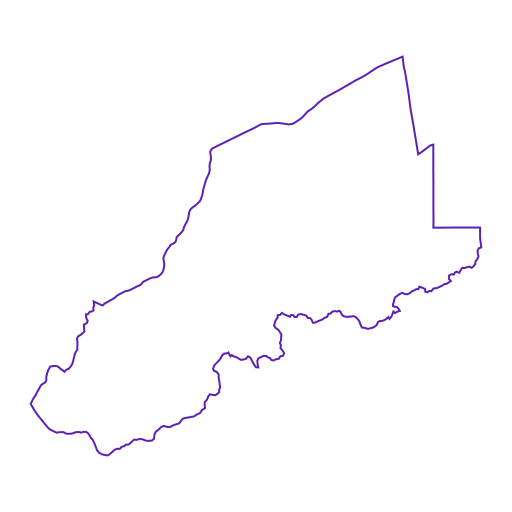 Plácido de Castro, Acre, Brazil
{"feature_id": "56859067B28621005607403", "entity_name": "Plácido de Castro", "entity_type": "district", "adm_level": 2, "iso_a3": "BRA", "parent_name": "Brazil", "parent_adm1": "Acre", "projection": "natural_earth1", "projection_center": [-67.366, -10.241], "detail": "fine", "context": "isolated", "style": "outline", "palette": "violet", "viewbox_px": 512, "rotation_deg": 0, "n_neighbors": 0, "source": "geoboundaries", "source_scale": "gbopen_adm2", "svg_char_len": 5418}
<svg xmlns="http://www.w3.org/2000/svg" viewBox="0 0 512 512"><path d="M402.6,56.6L400.2,57.6L398.0,58.6L394.7,59.9L391.8,61.1L386.3,63.4L381.8,65.4L378.5,66.8L376.6,67.8L374.8,69.0L372.0,70.8L370.0,72.2L366.7,74.4L364.5,75.7L361.7,77.3L359.8,78.3L358.0,79.2L355.4,80.5L353.3,81.8L345.3,86.4L340.4,89.3L334.1,92.7L329.1,95.4L327.0,96.6L324.4,98.0L321.7,100.0L318.5,102.6L314.8,106.2L311.3,109.1L307.5,111.6L305.0,114.4L302.2,117.5L299.4,119.6L297.2,121.1L295.1,122.4L292.6,123.9L288.6,124.4L284.1,123.7L277.9,122.9L268.3,123.7L264.2,123.9L261.9,124.0L259.4,125.1L255.2,127.5L248.2,130.9L243.2,133.2L238.4,135.7L235.8,136.9L229.7,139.9L216.4,146.4L212.0,148.7L210.2,151.5L210.5,154.9L211.0,157.4L210.9,160.3L209.9,163.1L209.5,166.0L209.8,169.6L209.0,173.5L207.4,176.9L206.4,179.2L205.4,181.9L204.4,185.6L203.4,189.0L203.0,191.2L202.2,195.4L200.8,199.4L199.8,201.2L198.4,202.7L194.6,206.0L192.4,207.5L190.3,209.6L189.1,212.5L188.8,214.8L188.2,218.2L187.1,221.3L185.7,223.7L184.0,227.2L183.3,229.8L181.7,232.2L176.7,237.0L176.1,240.1L175.4,242.2L173.4,243.5L170.5,244.9L169.3,247.1L167.2,249.5L165.7,252.5L164.3,255.2L163.4,257.6L163.6,260.2L164.3,263.8L164.1,266.5L163.5,269.7L162.5,272.3L160.8,274.3L158.6,276.1L156.7,277.2L152.6,277.5L149.5,278.6L145.8,280.5L143.0,281.9L141.4,284.1L139.8,285.3L137.1,286.4L133.0,288.5L129.6,290.2L127.4,290.9L125.1,291.3L119.9,294.0L117.2,295.5L114.5,297.9L111.3,299.8L104.5,303.6L102.6,305.5L99.5,304.2L93.7,301.5L94.2,305.3L93.3,308.1L93.5,310.4L91.8,311.5L89.8,311.7L88.0,314.2L85.9,314.4L86.3,318.1L87.7,320.8L86.8,323.1L83.9,324.6L84.1,328.5L84.4,331.5L81.4,334.3L78.1,336.4L77.0,338.5L77.3,341.1L77.5,344.2L77.3,347.0L77.3,349.7L75.8,352.0L74.8,354.1L73.8,358.2L73.1,361.2L72.2,364.1L70.5,366.7L68.8,368.7L66.4,369.7L64.4,371.8L62.4,370.0L60.7,369.1L59.2,367.5L57.0,366.1L53.9,365.9L50.2,366.6L48.1,370.5L47.0,373.9L46.3,377.1L46.3,380.1L45.4,382.3L43.0,383.7L40.9,385.3L39.2,388.5L37.6,391.3L36.5,393.3L35.5,395.6L33.8,397.8L32.8,399.6L30.7,403.8L33.9,409.5L37.7,415.1L40.7,418.8L44.6,423.6L47.6,427.3L50.0,429.5L54.8,431.8L56.7,432.7L59.5,432.2L61.5,432.1L63.5,432.1L65.4,433.3L67.3,433.8L71.1,433.7L73.3,433.2L75.6,432.2L78.8,432.0L81.2,432.6L83.3,431.9L86.0,431.9L87.9,433.1L89.6,435.4L90.8,437.7L92.7,439.6L93.5,441.5L94.5,443.7L95.9,447.1L97.0,450.2L99.3,452.9L102.2,454.4L105.4,455.1L108.0,455.4L111.2,453.0L113.9,450.4L116.5,448.8L119.9,448.8L121.7,446.9L124.5,446.0L125.9,444.6L128.6,444.6L130.1,443.3L131.6,441.9L134.0,439.7L136.6,439.8L139.1,439.1L142.1,439.1L145.2,440.4L147.1,440.9L151.9,440.6L154.0,438.7L154.5,434.3L155.9,431.6L158.8,429.4L160.9,427.2L163.3,426.0L166.0,426.5L167.8,427.0L170.1,427.1L172.1,425.8L175.0,424.6L177.6,424.0L179.4,423.1L180.8,421.1L182.6,418.8L185.3,417.9L187.2,417.7L190.8,417.0L194.0,416.4L196.8,414.5L199.8,413.2L202.2,410.0L205.1,408.0L204.6,405.1L204.8,402.2L207.0,399.6L208.2,396.6L209.9,394.3L212.7,394.9L215.4,395.2L217.8,393.5L219.3,392.1L219.1,389.9L220.2,387.3L219.7,384.4L219.4,381.5L218.7,378.3L218.7,374.4L216.6,371.8L214.0,370.9L213.1,368.7L214.4,365.2L217.3,362.2L219.5,359.9L221.0,357.6L222.1,355.4L224.2,353.6L226.6,353.4L228.4,352.5L229.3,354.5L230.4,356.4L231.8,355.0L233.6,356.5L235.4,356.7L237.9,358.1L241.1,359.9L243.9,359.4L246.0,358.8L248.0,356.3L250.6,357.8L251.6,360.2L252.6,361.9L254.1,364.6L256.1,367.3L258.3,367.4L257.6,364.2L257.3,360.9L258.5,358.2L260.8,357.3L263.3,355.9L266.3,356.0L267.8,357.3L269.8,357.9L271.3,359.9L273.3,360.5L276.0,359.3L278.9,358.7L280.4,356.2L282.8,356.0L284.1,353.6L283.2,351.5L282.0,349.9L280.5,348.2L280.9,345.3L279.9,343.0L280.9,340.5L281.4,334.5L280.1,332.4L278.4,329.9L275.4,327.8L274.1,325.2L275.0,322.2L276.0,319.7L277.7,317.5L277.6,315.3L280.1,314.9L281.9,312.9L284.2,314.4L286.1,315.2L287.9,315.8L289.9,316.8L291.2,314.9L293.4,315.2L294.5,317.0L296.7,317.0L298.1,314.7L300.5,314.0L303.3,314.7L306.4,315.7L307.8,317.9L310.1,318.1L311.5,319.7L313.0,322.8L315.4,322.5L318.1,321.1L320.4,320.3L322.4,319.5L324.4,317.9L327.2,316.8L328.4,313.8L330.5,313.6L332.4,311.6L334.6,311.1L337.2,311.6L339.3,310.7L340.7,312.1L341.7,314.5L343.7,316.3L346.9,316.9L348.9,316.6L351.1,316.6L353.4,316.1L355.5,317.0L357.3,318.5L359.3,321.2L360.4,324.3L361.9,327.5L364.2,327.7L366.0,328.3L368.0,328.9L370.2,328.3L372.9,327.6L375.5,326.1L377.0,324.6L378.0,321.9L380.1,321.0L382.2,320.9L384.3,320.1L386.6,318.8L388.4,317.1L389.5,318.9L391.4,316.7L392.6,313.8L393.4,311.5L395.0,313.1L397.2,311.7L399.8,311.0L398.6,308.8L396.8,307.0L395.0,306.7L393.0,306.2L393.1,303.8L394.0,301.5L394.4,298.9L395.5,296.9L397.3,295.8L399.5,294.1L402.4,292.8L404.9,294.1L407.2,294.3L409.8,293.2L411.8,291.4L414.1,290.5L416.4,289.1L418.4,289.1L419.4,286.7L422.5,287.8L425.2,289.1L425.2,291.6L427.3,292.3L429.3,290.9L431.4,291.2L433.4,288.5L435.9,288.2L438.2,287.6L440.2,286.6L442.3,285.6L444.3,284.1L446.2,284.0L448.7,282.4L450.8,281.0L448.9,278.9L449.1,275.5L451.6,274.2L453.9,274.6L454.8,272.6L456.7,271.7L459.2,272.8L460.7,270.2L462.2,267.8L464.3,268.1L466.7,267.3L469.4,266.6L471.6,267.8L473.5,266.3L475.2,264.1L475.5,261.3L477.2,259.4L478.5,256.3L477.8,253.7L477.5,251.0L478.7,248.4L481.3,247.4L480.1,238.4L480.1,227.5L467.1,227.5L457.5,227.5L436.8,227.7L433.4,227.7L433.5,219.9L433.4,208.5L433.4,198.5L433.4,181.3L433.3,169.0L433.3,160.1L433.3,144.6L430.4,145.4L421.2,152.3L418.2,154.3L413.2,123.9L410.6,109.3L408.5,93.1L404.9,71.1L403.9,67.8L402.6,56.6Z" fill="none" stroke="#5b21b6" stroke-width="2"/></svg>